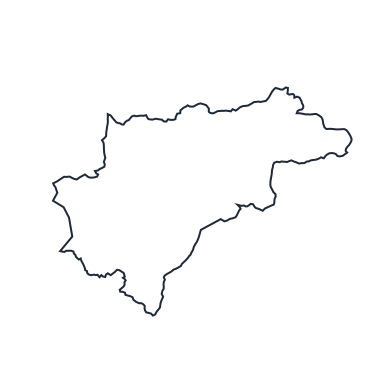 Altinópolis, São Paulo, Brazil (Mercator projection), rotated 199°
{"feature_id": "56859067B55489518550390", "entity_name": "Altinópolis", "entity_type": "district", "adm_level": 2, "iso_a3": "BRA", "parent_name": "Brazil", "parent_adm1": "São Paulo", "projection": "mercator", "projection_center": [-47.408, -21.012], "detail": "fine", "context": "isolated", "style": "outline", "palette": "slate", "viewbox_px": 384, "rotation_deg": 199, "n_neighbors": 0, "source": "geoboundaries", "source_scale": "gbopen_adm2", "svg_char_len": 4426}
<svg xmlns="http://www.w3.org/2000/svg" viewBox="0 0 384 384"><g transform="rotate(199 192 192)"><path d="M297.4,93.2L295.2,93.4L293.1,93.8L291.9,95.4L289.7,96.2L287.3,97.1L284.6,97.1L283.7,95.4L281.8,94.6L280.7,93.0L278.7,92.0L277.0,91.3L275.6,92.9L274.4,91.1L272.4,89.3L270.8,87.8L269.6,86.4L268.4,85.0L267.6,83.4L265.5,83.0L264.6,81.2L262.8,80.4L260.2,80.5L257.7,82.0L255.9,82.1L254.4,83.0L251.7,81.3L250.7,83.9L248.7,83.1L246.4,83.4L246.4,86.0L245.1,87.7L241.8,86.9L240.2,89.3L238.9,91.3L237.5,94.1L235.2,94.4L232.7,93.8L230.3,93.2L228.0,90.1L229.3,88.4L227.4,87.9L225.9,86.7L226.5,84.9L225.5,82.3L226.0,80.2L227.1,78.3L228.5,76.0L227.4,74.4L225.4,75.0L222.6,75.0L221.4,73.1L219.1,73.2L216.7,73.4L214.0,73.2L212.3,71.0L208.9,69.9L206.0,69.6L203.3,70.4L201.2,69.8L199.6,68.9L199.1,66.9L198.1,65.0L196.2,63.3L193.2,63.6L191.0,63.7L188.8,62.4L186.9,64.3L186.7,66.1L186.2,68.1L185.5,69.8L184.7,72.5L185.4,75.9L185.6,78.0L185.5,80.4L185.2,83.5L187.5,85.8L187.8,89.0L187.3,91.2L187.9,93.4L188.8,95.2L189.4,98.0L189.1,100.3L190.9,102.2L190.6,104.1L188.9,106.4L187.2,108.3L185.6,110.1L184.3,112.4L182.2,114.2L180.4,116.1L178.3,118.7L178.1,120.9L175.6,125.5L174.4,128.4L174.0,130.2L173.0,132.1L172.8,134.6L172.4,136.5L172.2,138.3L172.4,140.3L172.0,143.4L171.2,146.3L170.9,149.4L170.9,152.0L171.3,159.1L156.0,175.7L151.8,174.8L149.2,176.7L147.8,178.6L144.7,180.6L142.6,182.3L142.0,184.6L141.7,187.4L141.4,189.9L140.6,192.0L142.4,193.6L144.7,194.7L140.4,195.1L138.5,196.2L136.7,195.8L135.0,196.5L133.8,198.0L132.6,199.9L130.3,200.3L128.2,198.5L126.2,197.6L123.6,197.8L119.0,197.3L117.7,200.1L112.6,205.0L110.7,206.6L110.6,208.5L111.3,210.6L111.7,212.9L111.4,215.0L112.5,217.3L114.8,218.2L116.6,220.0L119.0,222.2L120.2,224.1L121.2,227.3L121.7,230.1L122.0,232.0L122.4,234.6L123.1,237.3L123.5,239.1L123.6,241.6L124.1,243.8L123.8,246.4L121.5,248.3L119.1,248.6L117.3,250.0L114.5,250.7L111.7,251.4L109.9,253.1L108.2,254.3L105.7,254.0L102.6,254.0L100.2,253.7L98.0,254.9L95.2,255.9L93.5,258.1L91.5,259.0L90.2,260.4L88.1,261.6L85.2,263.0L83.0,264.8L81.3,266.8L78.3,266.8L77.5,269.7L76.6,271.2L74.9,273.2L72.5,274.4L70.1,274.8L68.3,274.7L66.2,273.4L63.8,273.8L61.2,275.3L59.7,277.6L58.1,279.8L60.1,280.9L60.5,282.7L59.9,285.1L58.9,287.3L58.4,289.1L57.9,291.7L58.3,294.0L59.7,295.7L61.3,297.3L63.5,299.1L65.7,300.6L68.1,301.1L70.3,300.4L72.2,299.5L74.5,298.7L76.2,298.1L78.0,297.7L80.2,297.2L82.0,296.7L83.7,296.0L85.7,295.3L87.8,296.3L90.0,299.1L91.0,301.0L92.2,303.1L94.1,304.9L97.1,305.8L99.8,306.2L101.7,305.6L103.7,304.5L105.7,303.7L108.0,303.1L110.1,302.3L113.0,302.0L115.8,301.5L118.6,300.6L118.5,303.1L116.8,304.8L114.8,305.9L114.3,308.0L115.0,310.0L117.1,311.9L118.0,313.5L121.1,316.2L123.6,316.4L125.9,314.5L126.9,316.9L128.5,317.5L132.0,315.7L133.9,316.2L134.3,318.6L135.2,321.6L137.4,321.3L139.4,318.5L141.3,317.8L143.6,317.8L146.9,317.6L148.1,315.5L149.0,312.8L149.5,309.9L149.9,307.4L150.6,304.9L151.9,302.1L153.7,301.1L156.6,299.4L158.7,299.1L160.7,298.1L162.6,297.2L164.6,294.8L167.3,291.9L169.4,290.9L171.6,289.9L173.3,288.6L174.6,287.1L175.5,285.5L177.1,283.2L180.6,283.5L181.5,280.9L183.7,280.5L186.4,280.0L188.5,279.0L190.2,278.5L192.3,277.5L194.3,276.7L195.9,274.8L197.9,273.1L200.5,272.7L202.2,273.3L203.3,276.4L206.8,278.7L209.9,278.7L212.8,278.5L214.9,277.1L218.7,273.1L221.9,272.1L224.4,272.5L225.4,270.9L227.6,268.7L228.5,267.1L229.5,265.3L228.8,262.7L231.5,261.2L231.8,257.4L231.4,255.5L232.8,254.3L235.7,253.2L238.3,253.0L239.2,250.2L241.8,249.6L244.1,250.6L246.8,250.0L250.1,249.5L252.9,247.6L255.0,247.0L257.0,246.8L258.7,248.0L260.4,249.7L262.6,248.3L264.8,247.7L267.5,246.5L269.6,245.4L271.4,245.4L273.4,244.0L274.5,241.4L275.2,239.3L276.6,238.4L278.1,235.9L278.6,233.5L280.2,233.0L282.2,233.5L284.0,233.2L286.2,233.2L290.8,235.9L293.8,237.9L297.0,238.2L296.0,235.7L295.4,233.3L294.4,231.1L293.9,228.6L293.5,225.7L292.9,223.0L292.6,220.9L291.4,216.8L292.4,214.3L294.0,211.7L291.7,209.8L290.5,207.3L289.4,204.3L287.8,200.5L286.6,198.4L285.1,196.0L285.1,191.6L283.5,189.9L283.1,187.4L285.2,185.1L286.9,183.5L288.0,181.7L290.6,180.3L288.7,178.5L286.5,178.0L286.7,175.7L289.1,174.0L292.0,172.7L294.7,172.3L297.1,173.1L298.9,173.7L301.2,171.2L302.7,169.6L305.1,166.3L307.8,166.0L312.8,166.7L315.1,165.6L318.0,164.7L321.6,160.0L323.1,158.0L326.1,155.0L324.8,153.5L322.7,152.1L319.1,147.4L320.6,138.5L310.6,136.3L308.4,135.8L300.0,127.8L290.7,110.9L297.4,93.2Z" fill="none" stroke="#1e293b" stroke-width="2"/></g></svg>